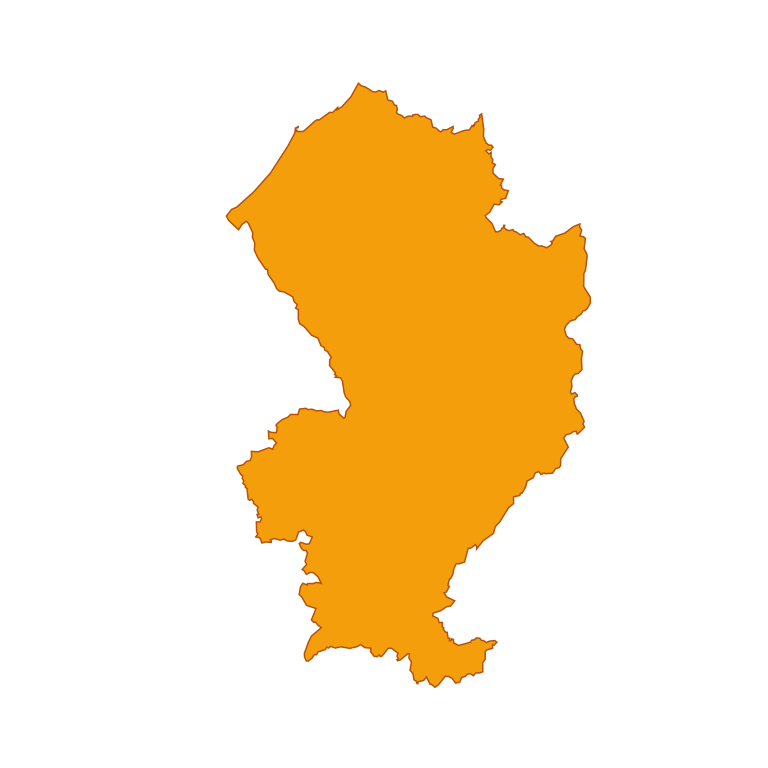 the district of Molise, Campobasso, Italy, rotated 289°
{"feature_id": "23120603B60242334488993", "entity_name": "Molise", "entity_type": "district", "adm_level": 2, "iso_a3": "ITA", "parent_name": "Italy", "parent_adm1": "Campobasso", "projection": "robinson", "projection_center": [14.558, 41.717], "detail": "fine", "context": "isolated", "style": "filled", "palette": "amber", "viewbox_px": 768, "rotation_deg": 289, "n_neighbors": 0, "source": "geoboundaries", "source_scale": "gbopen_adm2", "svg_char_len": 6157}
<svg xmlns="http://www.w3.org/2000/svg" viewBox="0 0 768 768"><g transform="rotate(289 384 384)"><path d="M113.8,530.9L117.3,533.4L127.5,537.0L128.5,540.6L127.9,544.1L124.5,549.1L126.8,552.7L132.0,553.0L133.8,555.9L136.7,557.3L138.3,560.1L137.2,563.4L140.7,564.9L141.9,568.5L144.1,571.1L152.7,568.1L156.4,569.3L164.1,566.9L166.3,568.0L169.4,572.6L173.0,571.6L173.0,573.2L176.6,574.8L177.5,572.3L175.1,567.2L172.8,564.9L173.8,561.8L173.4,559.4L174.8,557.4L174.0,554.0L171.4,552.5L170.5,550.5L167.9,549.7L161.1,539.7L161.9,534.2L165.1,532.8L165.0,530.9L163.3,530.9L162.6,529.4L164.9,529.0L164.7,527.2L169.8,524.6L169.3,523.2L171.3,520.0L173.0,519.8L173.3,518.1L177.6,516.8L176.3,513.9L180.0,511.2L180.6,505.5L183.3,505.0L188.2,511.5L193.7,515.6L195.7,519.2L202.0,521.5L203.1,512.4L206.1,508.8L207.6,510.7L213.9,511.7L214.3,510.0L220.8,509.3L221.4,510.3L226.5,511.1L232.0,510.2L237.7,510.8L238.2,513.1L241.8,518.1L255.9,517.1L256.9,519.3L261.9,522.9L260.5,524.7L258.2,525.3L267.8,528.6L278.4,536.1L285.5,535.7L291.5,538.4L307.9,542.1L313.2,545.5L319.5,543.2L322.8,548.7L325.1,548.6L325.7,550.1L332.5,551.4L338.8,550.9L343.8,555.5L349.2,556.0L351.6,558.9L349.6,562.0L351.9,564.2L351.7,565.8L354.5,572.3L359.8,573.8L362.2,577.0L364.4,577.5L370.9,575.4L384.3,578.8L391.4,571.5L395.2,572.7L398.2,576.9L400.5,578.2L401.8,581.3L399.6,582.8L400.1,583.6L408.4,587.7L411.0,585.1L413.9,585.3L420.6,579.1L422.9,574.2L427.5,570.4L431.8,568.2L433.9,568.8L435.4,570.8L436.6,570.3L438.0,567.2L435.6,564.9L437.0,562.9L443.0,562.5L447.9,560.0L453.4,560.4L455.8,561.7L457.1,564.2L462.0,566.5L472.3,562.4L479.5,561.2L481.7,558.1L485.0,556.4L484.2,553.2L488.2,547.6L487.5,543.6L488.9,540.8L494.4,536.8L498.7,537.1L504.1,539.5L507.3,543.9L510.6,544.8L514.1,547.6L517.9,548.3L518.8,550.0L521.6,551.6L527.7,552.7L533.2,550.9L541.1,541.1L553.5,537.0L557.4,537.4L570.5,534.6L573.0,533.4L576.9,529.2L587.2,527.1L588.2,524.8L587.7,521.1L593.8,520.8L596.1,517.9L599.1,517.1L594.6,512.0L585.4,505.7L579.6,498.2L574.0,496.9L573.1,495.3L572.2,497.1L569.6,496.6L565.8,493.4L565.9,488.0L564.8,485.8L565.9,480.5L569.8,472.7L569.2,470.2L571.9,467.1L569.4,464.2L570.9,459.3L570.6,457.4L572.0,455.7L569.9,452.7L569.6,450.6L570.8,446.5L573.3,446.5L573.0,445.6L570.4,445.9L569.8,444.8L567.2,444.4L564.8,441.9L564.3,439.9L570.9,433.8L574.7,426.2L576.3,424.9L580.7,428.0L590.0,429.7L590.8,434.4L594.6,436.4L594.4,434.7L596.5,434.4L599.3,438.6L607.3,438.6L606.6,434.2L607.6,431.6L610.0,430.4L609.9,429.2L616.6,430.2L615.6,425.4L618.9,418.4L623.1,416.9L627.7,417.9L628.4,414.0L631.2,414.1L633.8,411.1L637.8,409.9L635.7,408.2L637.6,404.3L639.3,405.7L639.8,408.7L643.5,409.9L644.8,407.7L644.0,405.3L645.2,402.1L650.4,397.4L657.7,395.2L671.2,388.4L669.2,386.8L667.4,387.9L664.9,387.0L663.2,387.7L660.9,385.1L657.6,385.2L657.9,384.2L656.5,384.2L656.8,383.1L652.1,382.0L649.7,377.1L643.1,369.1L643.8,365.5L648.0,366.3L650.0,365.5L644.7,360.4L643.8,357.1L641.2,356.0L640.8,354.9L642.9,349.8L642.7,346.5L649.2,342.3L649.5,337.4L650.6,335.4L648.6,331.4L649.9,328.4L649.2,326.1L647.7,323.6L646.3,323.8L645.2,319.7L642.1,316.5L643.6,313.4L643.8,309.1L644.9,307.2L648.0,307.3L651.5,305.0L651.0,303.1L654.1,300.0L653.8,295.1L661.7,290.2L659.7,288.3L659.9,283.7L657.5,281.3L656.7,278.4L658.7,269.7L658.6,265.3L660.1,261.9L644.7,259.2L632.2,253.8L629.6,251.5L630.2,250.8L629.2,251.4L628.0,250.4L630.1,250.0L624.1,247.1L623.1,244.1L612.4,236.6L612.2,235.0L610.7,233.5L596.5,225.5L594.8,220.6L595.0,219.0L596.4,218.7L594.5,218.9L594.5,217.6L597.1,217.3L598.5,219.3L599.4,219.1L597.1,216.9L592.3,218.0L577.8,215.7L546.3,207.9L523.5,198.4L503.2,187.1L499.4,183.0L491.4,180.3L487.9,184.2L482.5,196.3L488.5,197.7L492.5,200.4L492.9,201.5L491.6,203.6L484.1,210.7L479.9,211.8L475.1,216.0L468.3,217.8L461.8,224.1L453.9,234.8L454.4,236.4L449.9,238.8L443.9,247.0L439.2,251.5L437.7,254.7L438.5,259.6L436.7,269.4L432.7,272.1L430.8,276.2L427.0,275.7L426.4,278.8L417.7,281.7L413.6,284.6L412.3,289.8L406.5,299.7L405.9,306.6L399.8,311.8L399.0,315.5L396.9,316.9L396.1,320.2L391.9,325.6L389.2,324.8L383.8,326.5L378.5,334.7L376.9,334.2L376.2,336.5L374.5,335.7L375.7,340.7L373.5,343.6L362.9,349.1L359.5,351.8L356.1,357.6L353.0,359.4L345.5,357.1L340.1,358.0L338.5,357.1L341.2,351.1L344.4,349.3L339.3,340.7L338.3,337.1L338.4,332.8L336.6,328.9L336.7,324.0L335.1,320.6L335.5,317.8L332.8,312.3L327.1,312.5L324.8,305.5L321.5,304.0L317.2,299.3L311.7,295.9L309.9,295.3L308.2,297.1L303.0,298.1L301.5,293.1L301.9,290.0L294.7,293.0L296.2,296.4L293.2,301.5L290.0,300.1L286.1,300.0L286.2,295.9L278.9,287.0L277.1,280.5L271.8,282.5L267.8,282.2L266.1,279.1L261.9,277.2L258.5,272.2L256.5,272.7L251.8,278.0L251.1,280.4L248.5,280.7L246.7,283.0L244.1,282.9L243.0,286.1L241.1,286.5L240.7,288.4L230.8,293.1L230.3,294.9L231.9,296.2L230.2,299.1L228.7,299.4L226.6,305.3L223.7,305.0L220.0,307.9L219.3,306.4L216.4,308.6L218.2,310.9L216.5,312.1L213.1,311.7L212.1,308.2L202.7,311.7L201.1,313.6L197.7,312.5L198.1,316.8L193.9,320.3L196.2,323.8L197.5,328.9L198.7,328.7L199.5,327.1L202.1,330.4L202.6,336.7L204.9,340.0L204.1,343.1L205.3,348.5L207.8,351.3L216.1,351.4L219.6,355.1L219.1,357.7L216.1,360.4L216.0,366.0L208.7,365.4L207.2,362.9L207.2,356.8L205.5,355.8L201.6,359.5L200.4,362.5L201.3,364.5L199.3,366.7L190.6,367.1L188.2,369.6L182.0,367.0L181.4,369.3L178.8,372.5L182.0,375.9L182.6,378.8L180.3,384.3L175.0,389.6L174.5,384.8L172.2,381.8L170.4,376.7L169.0,376.9L169.1,372.0L164.9,371.1L157.3,372.3L155.8,375.6L149.5,382.8L149.6,392.8L137.2,392.2L135.8,394.9L136.6,396.8L134.3,400.4L133.3,404.1L121.9,397.4L115.7,396.6L103.4,396.4L100.1,397.7L96.8,400.7L97.5,402.7L101.3,405.2L105.5,406.2L106.0,408.3L109.1,408.8L113.9,415.1L116.5,415.4L116.2,417.3L118.6,419.2L118.5,423.9L121.4,428.5L122.9,437.6L126.9,444.1L130.0,446.7L128.5,451.8L130.0,457.5L126.4,458.6L123.3,463.4L123.9,466.2L126.3,467.8L125.1,469.1L126.3,470.8L135.5,474.0L136.6,477.1L134.1,484.8L131.0,484.9L128.2,487.4L127.6,486.0L126.8,486.9L128.3,489.2L136.6,494.3L137.2,495.8L132.9,496.8L130.2,500.4L121.8,501.8L119.6,505.6L114.0,508.7L113.6,511.0L111.5,512.7L111.8,513.7L113.5,513.1L116.6,518.0L120.8,519.6L115.0,525.5L115.5,526.6L113.8,530.9Z" fill="#f59e0b" stroke="#b45309" stroke-width="1.5"/></g></svg>